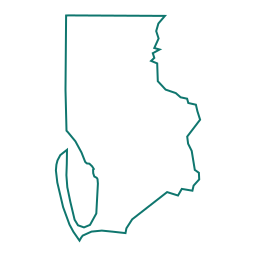 outline of Gulf, Florida, United States of America
{"feature_id": "52423323B60614723714205", "entity_name": "Gulf", "entity_type": "district", "adm_level": 2, "iso_a3": "USA", "parent_name": "United States of America", "parent_adm1": "Florida", "projection": "mercator", "projection_center": [-85.238, 29.931], "detail": "fine", "context": "isolated", "style": "outline", "palette": "teal", "viewbox_px": 256, "rotation_deg": 0, "n_neighbors": 0, "source": "geoboundaries", "source_scale": "gbopen_adm2", "svg_char_len": 981}
<svg xmlns="http://www.w3.org/2000/svg" viewBox="0 0 256 256"><path d="M197.4,111.2L195.9,104.7L188.3,103.0L187.1,98.7L180.6,97.3L175.8,93.1L165.6,89.6L157.8,81.2L157.2,63.4L151.1,60.9L154.3,57.9L152.8,53.2L159.6,49.5L154.3,48.0L158.6,38.5L156.2,31.1L158.4,23.5L164.9,15.9L68.5,15.4L66.1,15.5L65.5,89.8L66.5,130.7L67.9,132.2L75.4,141.3L81.5,152.5L85.2,161.9L86.8,163.4L89.4,163.7L92.1,166.3L93.8,169.0L93.1,169.7L93.2,173.2L94.3,176.5L96.7,177.8L97.5,179.1L97.9,183.6L96.3,213.5L90.0,224.9L84.0,227.4L78.0,225.3L74.6,219.7L70.3,201.7L67.3,187.2L66.4,175.2L66.8,163.6L67.0,149.8L60.3,155.1L57.5,160.4L56.4,164.7L55.9,170.4L57.3,182.5L63.1,207.1L69.5,224.6L73.4,231.8L79.5,240.6L81.2,237.6L82.7,235.6L91.5,231.6L101.8,230.6L112.9,231.7L125.5,233.1L126.4,228.3L132.2,219.3L167.1,192.1L178.0,195.5L181.8,188.9L192.4,190.7L193.6,185.6L199.2,179.4L198.9,172.8L194.8,169.9L191.7,150.9L188.1,143.7L187.2,136.6L200.1,119.7L197.4,111.2Z" fill="none" stroke="#0f766e" stroke-width="2"/></svg>